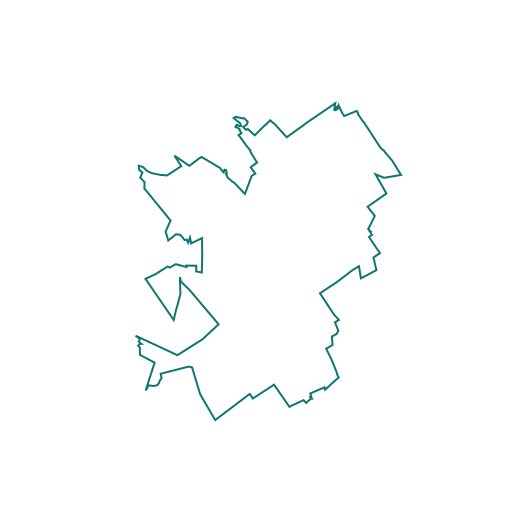 the district of General Cepeda, Coahuila, Mexico, rotated 228°
{"feature_id": "50627088B43418129703441", "entity_name": "General Cepeda", "entity_type": "district", "adm_level": 2, "iso_a3": "MEX", "parent_name": "Mexico", "parent_adm1": "Coahuila", "projection": "albers", "projection_center": [-101.488, 25.544], "detail": "fine", "context": "isolated", "style": "outline", "palette": "teal", "viewbox_px": 512, "rotation_deg": 228, "n_neighbors": 0, "source": "geoboundaries", "source_scale": "gbopen_adm2", "svg_char_len": 4034}
<svg xmlns="http://www.w3.org/2000/svg" viewBox="0 0 512 512"><g transform="rotate(228 256 256)"><path d="M345.7,288.1L366.1,281.8L366.6,278.9L367.6,266.8L381.4,263.5L385.1,262.5L372.8,260.6L374.0,252.6L374.1,252.1L375.0,246.1L375.7,243.3L377.3,242.1L379.9,239.5L387.1,234.1L389.6,233.0L392.1,231.9L397.8,231.6L401.6,229.2L398.0,226.8L394.1,227.5L391.7,222.4L385.5,222.6L380.7,218.1L380.1,218.2L346.5,216.6L339.5,216.2L334.6,205.1L330.7,203.3L326.2,201.2L325.7,211.0L323.1,213.4L322.6,213.8L321.8,213.8L320.5,213.9L315.8,213.6L314.4,215.5L311.4,214.5L313.9,219.3L308.8,216.2L306.3,224.7L305.4,227.9L305.2,227.7L292.5,216.5L280.0,204.7L284.6,201.2L288.7,205.1L295.5,197.8L294.4,196.9L303.6,190.9L305.1,184.1L305.4,184.1L306.7,183.5L307.3,183.3L308.6,175.9L309.7,169.3L313.0,158.6L263.5,152.0L268.6,159.3L272.0,164.7L278.4,174.5L291.3,185.3L287.1,183.1L275.1,183.9L230.3,182.5L229.9,160.6L234.9,131.2L277.3,113.2L272.0,114.1L270.8,111.5L267.4,112.1L268.4,110.9L268.2,108.4L265.7,108.4L260.1,103.6L244.6,109.3L229.9,84.0L231.7,89.8L230.1,91.1L228.4,92.4L227.3,93.9L226.5,95.3L226.1,96.3L226.5,98.8L227.9,101.4L228.2,103.9L232.3,106.4L218.9,131.9L216.1,134.0L190.6,122.0L161.4,115.9L160.2,129.4L157.7,159.1L152.2,158.3L150.7,167.8L148.7,180.7L148.3,183.3L145.8,183.0L145.2,182.9L121.5,179.9L120.6,183.9L120.4,184.1L118.3,190.9L117.1,194.9L113.2,195.0L113.3,202.0L111.6,202.2L111.4,202.2L111.8,202.3L113.7,202.1L115.0,202.0L114.7,203.2L117.5,204.3L117.1,205.6L116.4,207.7L115.2,211.3L114.8,212.5L114.5,213.4L114.2,214.0L113.7,215.7L112.7,218.6L112.6,219.0L110.4,217.9L110.4,223.0L110.4,223.5L110.4,223.9L110.4,224.4L110.4,224.8L110.5,225.2L110.5,226.2L110.5,226.6L110.5,227.0L110.5,227.4L110.5,227.9L110.5,228.3L110.5,230.6L110.4,236.1L113.3,237.0L116.8,238.6L128.7,242.9L140.1,246.1L138.7,253.4L145.4,258.5L144.1,264.0L145.5,267.3L153.9,270.3L153.0,274.8L160.5,274.8L177.4,277.4L185.5,278.6L183.7,290.7L182.8,296.4L182.6,298.0L181.6,309.6L180.9,318.5L180.5,320.6L179.5,325.7L169.2,319.0L164.9,336.0L176.3,342.3L175.2,350.0L194.5,352.7L194.1,356.4L198.9,357.1L198.5,357.5L199.3,357.4L199.5,357.2L200.8,357.4L200.7,357.9L201.2,358.2L206.3,371.1L210.5,371.4L212.4,371.5L217.9,371.9L216.9,380.4L215.2,394.7L236.7,399.5L228.4,403.5L219.2,418.0L226.8,419.4L235.2,421.0L236.6,421.0L246.1,421.3L247.4,421.3L248.9,421.6L250.8,421.1L253.5,421.0L272.0,423.9L280.6,425.2L282.6,425.5L283.8,425.7L284.9,425.5L285.4,425.6L287.4,425.9L288.0,426.0L289.1,426.1L289.3,426.2L292.0,426.5L292.8,426.7L293.8,427.4L296.4,428.0L301.0,415.2L304.7,415.8L312.5,418.1L310.7,416.0L311.1,412.8L311.7,412.2L312.9,415.3L313.3,413.2L314.5,414.5L316.5,417.1L318.7,400.5L321.0,383.6L321.1,382.9L321.5,378.0L321.6,377.4L321.6,376.8L321.7,376.3L321.7,375.8L322.0,373.6L322.1,372.8L322.2,371.8L322.9,365.4L323.7,358.3L340.7,358.2L342.4,358.1L343.5,357.8L345.6,357.5L347.3,357.4L347.1,347.6L346.5,335.8L355.9,334.9L356.1,333.5L356.2,333.2L359.1,332.8L360.4,332.9L359.9,337.3L360.5,338.3L361.3,339.7L366.4,339.4L366.8,338.5L373.1,333.9L373.5,331.7L365.3,333.0L364.0,332.5L362.6,331.9L363.3,330.9L363.6,330.5L364.7,330.2L365.7,329.8L366.3,329.6L366.2,328.9L366.1,328.4L366.1,328.1L365.8,327.3L365.5,327.0L364.9,327.4L363.6,328.1L362.8,328.3L362.7,328.3L361.2,328.7L360.7,328.1L358.7,327.7L357.0,327.4L357.3,325.5L357.5,324.0L352.1,323.5L347.6,323.1L344.5,322.6L343.8,322.6L341.6,322.6L340.8,322.5L339.0,322.4L338.2,322.6L337.8,322.0L337.4,321.7L328.9,320.0L324.8,319.3L325.5,311.5L324.5,311.3L320.7,310.9L319.8,310.8L318.6,310.7L317.7,310.6L318.4,306.4L317.4,304.5L316.0,301.7L315.8,301.4L315.4,300.6L314.1,298.2L313.9,297.7L313.6,297.0L313.1,296.2L313.0,295.9L312.3,294.7L311.8,293.7L309.5,289.2L311.5,289.2L312.0,289.2L320.5,289.0L321.3,289.0L321.5,289.0L322.8,289.0L323.1,288.9L324.5,288.8L325.2,288.9L326.5,288.3L327.0,288.1L328.1,288.1L328.8,288.0L331.7,287.6L332.5,287.3L337.1,288.5L336.7,289.3L337.2,289.6L337.8,290.0L339.5,291.1L340.3,291.0L340.6,290.9L341.2,290.3L340.0,288.8L339.9,287.8L340.3,287.8L345.7,288.1Z" fill="none" stroke="#0f766e" stroke-width="2"/></g></svg>